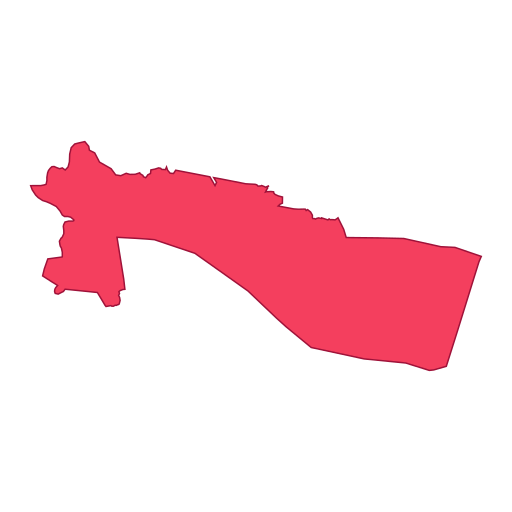 Guadalupe de Ramírez, Oaxaca, Mexico (Albers equal-area conic projection)
{"feature_id": "50627088B13061406878483", "entity_name": "Guadalupe de Ramírez", "entity_type": "district", "adm_level": 2, "iso_a3": "MEX", "parent_name": "Mexico", "parent_adm1": "Oaxaca", "projection": "albers", "projection_center": [-98.186, 17.755], "detail": "fine", "context": "isolated", "style": "filled", "palette": "rose", "viewbox_px": 512, "rotation_deg": 0, "n_neighbors": 0, "source": "geoboundaries", "source_scale": "gbopen_adm2", "svg_char_len": 2713}
<svg xmlns="http://www.w3.org/2000/svg" viewBox="0 0 512 512"><path d="M349.8,237.6L346.2,237.5L343.7,229.3L338.0,217.8L336.9,218.7L335.0,219.9L333.6,219.7L331.8,219.6L330.2,219.7L329.1,218.9L328.2,219.7L327.9,219.9L321.7,217.9L321.6,218.5L318.5,217.9L316.7,218.4L315.4,219.1L314.6,218.6L312.9,218.6L312.4,217.8L312.4,215.2L310.6,212.0L307.6,209.6L306.2,210.5L305.4,209.2L304.1,209.1L299.7,209.2L297.9,209.2L293.7,208.9L278.2,206.0L280.1,204.2L282.4,203.2L282.5,197.0L278.3,195.9L275.0,194.4L274.2,193.5L273.8,193.1L273.7,192.1L273.6,191.8L270.9,191.5L267.3,191.7L267.0,191.5L265.5,192.0L266.8,189.2L267.5,188.6L267.5,187.1L268.9,185.7L265.6,187.2L264.4,186.6L263.4,186.2L262.7,185.9L262.1,185.7L261.6,185.5L260.8,185.9L259.4,186.0L258.0,186.1L256.8,184.8L255.1,184.3L245.8,183.8L221.3,179.0L213.7,177.6L216.6,182.4L215.0,185.6L209.9,176.8L175.7,170.2L173.5,173.5L170.1,173.2L167.6,170.2L166.5,167.0L165.4,169.6L161.6,169.4L160.7,168.3L158.6,167.9L154.9,169.1L150.9,169.9L150.5,173.5L147.8,174.8L147.4,175.5L145.7,177.7L143.4,176.7L142.9,175.4L140.0,173.6L139.7,172.8L135.8,174.1L135.3,174.3L135.1,174.3L129.9,174.4L126.2,173.3L120.8,175.7L115.7,174.9L111.1,168.7L99.5,162.1L94.7,152.9L89.4,150.2L88.7,146.3L84.8,141.6L78.5,143.0L74.7,144.0L71.2,147.7L69.7,154.1L69.4,161.9L68.1,166.9L65.2,170.0L62.3,167.9L61.0,168.3L59.5,168.7L57.2,167.8L56.8,167.7L56.4,167.5L54.1,166.5L51.9,166.7L50.2,168.3L48.5,170.5L47.6,172.9L46.9,177.2L46.9,180.3L46.9,180.5L46.5,182.4L46.1,184.3L44.3,184.9L40.8,185.6L33.3,185.6L33.1,185.6L31.2,185.7L30.7,185.7L32.2,189.8L35.6,195.0L38.2,197.6L42.6,200.5L46.4,201.7L50.2,203.3L56.3,206.5L60.1,211.1L62.3,215.0L64.5,216.5L67.9,216.5L70.7,217.2L73.8,219.8L73.8,220.6L72.7,221.1L68.7,221.1L65.0,222.0L63.7,224.6L63.3,226.4L63.8,230.5L63.8,233.7L62.4,236.8L61.6,237.9L61.1,238.1L59.4,241.2L59.9,244.5L60.3,246.2L61.4,248.0L62.3,252.3L62.3,256.7L62.1,257.0L47.8,258.9L44.3,268.9L42.6,275.9L52.1,282.0L55.2,283.9L56.6,284.8L57.6,285.5L55.8,287.5L55.1,288.7L54.7,290.0L54.6,291.6L55.2,293.4L58.2,294.1L61.7,292.3L63.4,291.5L65.1,289.2L90.8,291.8L97.4,292.5L103.8,303.2L104.9,305.1L106.0,306.5L110.9,305.6L111.8,306.2L113.5,306.2L115.0,305.3L116.7,305.3L117.5,304.7L118.4,304.6L119.2,304.0L120.1,300.4L119.6,297.4L118.6,295.3L119.5,293.6L118.9,291.7L120.1,290.6L122.9,289.5L124.9,289.3L123.7,278.9L117.0,237.3L135.7,238.3L147.8,239.1L154.5,239.7L194.9,253.3L229.3,277.7L248.0,291.0L276.8,318.4L286.0,326.7L311.2,347.5L311.7,347.6L364.1,358.9L405.7,363.0L429.3,370.4L431.3,370.2L433.8,369.9L446.3,366.3L457.3,331.5L465.1,306.4L474.0,277.7L479.0,261.7L481.3,256.4L468.1,251.9L455.0,247.4L440.8,246.7L403.8,238.5L377.9,237.9L349.8,237.6Z" fill="#f43f5e" stroke="#9f1239" stroke-width="1.5"/></svg>